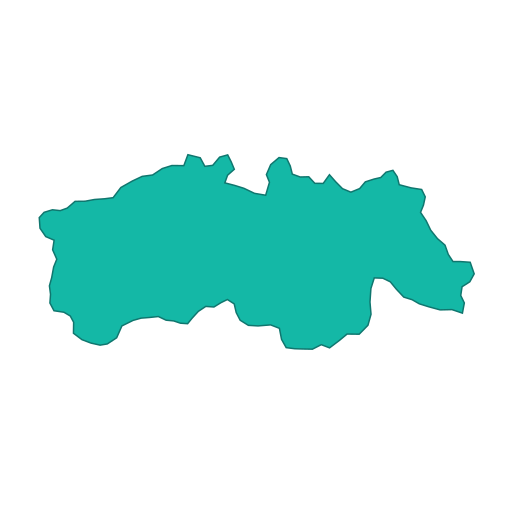 outline of Coimbra, Minas Gerais, Brazil, rotated 184°
{"feature_id": "56859067B39104662018874", "entity_name": "Coimbra", "entity_type": "district", "adm_level": 2, "iso_a3": "BRA", "parent_name": "Brazil", "parent_adm1": "Minas Gerais", "projection": "albers", "projection_center": [-42.796, -20.843], "detail": "fine", "context": "isolated", "style": "filled", "palette": "teal", "viewbox_px": 512, "rotation_deg": 184, "n_neighbors": 0, "source": "geoboundaries", "source_scale": "gbopen_adm2", "svg_char_len": 1828}
<svg xmlns="http://www.w3.org/2000/svg" viewBox="0 0 512 512"><g transform="rotate(184 256 256)"><path d="M176.2,169.5L166.8,177.7L159.7,184.5L147.6,185.2L139.5,194.7L137.2,205.9L139.1,218.1L139.1,231.6L136.5,242.4L128.0,242.7L120.2,239.6L113.5,232.5L105.7,225.3L97.2,223.3L89.8,219.7L80.2,217.4L68.6,215.1L56.8,216.2L46.1,213.4L44.9,223.7L49.0,230.9L48.3,239.7L40.9,245.2L37.1,253.4L41.9,264.7L51.6,264.7L59.1,264.2L64.3,271.0L68.2,280.0L76.2,286.0L83.5,293.9L88.7,303.0L94.9,311.0L92.5,318.4L91.3,326.8L95.4,333.9L106.1,334.8L118.1,337.1L120.7,345.0L125.4,351.0L132.1,348.7L137.0,343.0L143.6,341.0L152.1,337.6L157.3,330.5L165.8,326.3L174.4,329.2L181.7,335.6L188.4,342.2L194.0,333.1L202.4,332.6L208.9,338.7L217.4,337.9L225.5,340.2L228.1,348.2L232.1,355.3L239.9,355.8L247.7,348.2L251.3,337.9L247.7,330.5L250.6,317.3L261.9,318.4L272.8,322.7L282.1,324.9L292.2,326.8L290.0,334.6L283.7,341.0L287.3,348.2L291.3,354.9L299.2,352.1L305.5,343.4L313.3,341.9L318.5,350.1L331.0,352.3L334.3,341.1L346.2,340.4L355.6,336.7L364.8,329.6L375.1,327.5L384.7,322.1L395.6,314.9L402.6,304.2L411.2,302.5L421.1,301.1L430.4,298.7L440.3,297.9L447.7,290.6L454.5,287.6L462.3,287.9L470.4,284.8L474.9,279.2L473.4,268.6L467.1,260.7L458.5,257.7L459.3,248.0L454.5,238.9L457.1,230.9L458.3,220.2L460.0,211.8L458.3,203.5L458.3,194.7L453.7,187.3L443.7,186.5L437.1,183.2L433.3,177.2L432.7,166.2L423.8,160.4L414.5,157.6L405.3,156.2L398.2,157.9L389.3,164.7L384.9,176.9L374.1,183.2L366.3,186.0L358.2,187.2L349.2,188.8L341.2,185.7L333.6,185.5L326.7,183.7L319.5,183.7L315.4,189.5L309.7,196.7L302.6,202.2L294.4,202.2L287.7,207.0L281.5,210.6L274.4,206.7L271.8,198.2L267.3,190.8L258.8,186.3L249.1,186.4L236.6,188.3L227.6,185.5L224.7,174.6L219.5,166.7L211.0,166.2L202.8,166.5L193.2,167.0L184.7,172.1L176.2,169.5Z" fill="#14b8a6" stroke="#0f766e" stroke-width="1.5"/></g></svg>